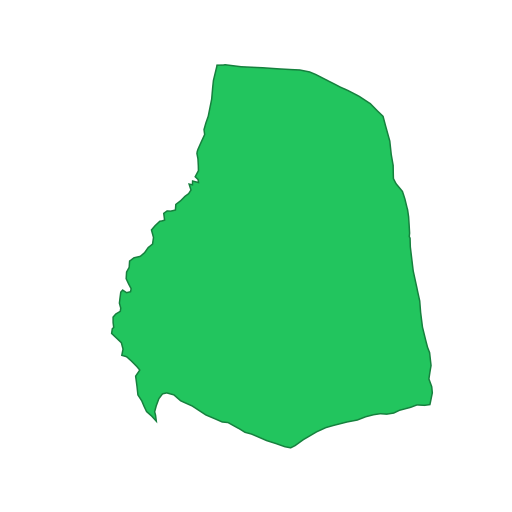 Trenbo, Grand Kru, Liberia (Natural Earth projection), rotated 347°
{"feature_id": "62588387B53229219679368", "entity_name": "Trenbo", "entity_type": "district", "adm_level": 2, "iso_a3": "LBR", "parent_name": "Liberia", "parent_adm1": "Grand Kru", "projection": "natural_earth1", "projection_center": [-7.882, 4.705], "detail": "fine", "context": "isolated", "style": "filled", "palette": "green", "viewbox_px": 512, "rotation_deg": 347, "n_neighbors": 0, "source": "geoboundaries", "source_scale": "gbopen_adm2", "svg_char_len": 2335}
<svg xmlns="http://www.w3.org/2000/svg" viewBox="0 0 512 512"><g transform="rotate(347 256 256)"><path d="M99.6,294.6L97.9,299.0L100.7,303.2L105.3,310.2L105.5,316.8L102.9,322.6L107.2,325.0L110.5,329.6L115.0,336.8L117.1,341.0L111.7,346.0L110.7,356.4L109.7,364.8L112.1,371.4L113.1,377.2L114.4,383.0L118.4,388.6L121.7,394.5L122.3,388.6L122.2,385.0L125.1,379.5L129.3,373.1L133.9,369.3L138.2,369.3L144.7,372.8L150.0,380.1L153.1,382.5L160.1,387.8L171.4,399.6L180.1,405.9L185.7,410.1L191.3,412.0L199.6,419.5L200.7,420.4L205.6,425.3L211.6,428.5L216.8,432.3L224.9,438.3L233.2,443.2L241.2,448.3L246.6,450.7L248.3,450.3L251.5,449.5L261.0,445.5L264.6,444.4L275.7,440.9L285.5,438.9L293.6,438.5L307.4,438.2L317.8,438.6L326.8,437.3L334.9,437.1L341.6,437.6L347.8,439.5L354.9,440.0L361.1,438.6L372.8,438.2L379.3,437.3L386.6,439.4L392.0,439.9L393.0,437.8L397.0,429.0L397.7,423.9L397.8,422.7L396.8,414.7L399.2,408.6L401.9,402.1L403.4,389.2L402.6,383.6L402.4,377.0L402.2,362.8L403.7,348.0L404.0,346.0L405.4,336.6L405.5,326.6L405.6,323.1L405.6,322.3L405.8,306.3L405.9,305.0L408.4,281.9L410.1,273.3L409.7,271.5L410.8,268.3L412.2,260.1L413.5,252.2L414.1,245.0L414.0,242.6L413.9,234.1L413.5,229.1L413.4,228.2L413.2,226.0L408.9,217.4L408.5,216.3L407.3,211.5L408.5,205.6L410.0,198.6L410.6,187.5L412.2,174.1L411.5,158.1L411.2,148.5L406.7,141.6L401.6,133.2L400.2,131.8L392.6,123.8L382.9,115.5L376.1,110.4L371.1,106.1L367.0,102.7L360.6,97.3L359.8,96.6L354.9,92.5L349.6,88.7L340.5,84.6L333.0,82.5L320.6,78.9L304.9,74.1L298.8,72.4L284.2,68.3L268.9,62.7L267.1,62.6L260.9,61.3L260.5,62.4L254.0,75.4L251.6,82.4L248.1,93.2L240.9,109.1L237.1,115.1L233.8,121.1L233.3,126.1L227.9,133.1L223.4,139.1L222.2,141.1L221.5,142.9L221.3,148.3L220.1,155.1L219.1,159.9L214.6,165.1L216.8,168.5L216.5,171.5L214.6,170.5L211.1,168.7L210.1,172.3L207.0,170.9L207.5,177.1L204.4,180.1L200.2,181.9L195.2,185.1L189.5,187.7L187.8,193.1L182.9,193.1L179.5,192.1L175.7,193.7L175.0,200.5L172.0,200.7L170.1,200.5L164.6,203.7L160.0,207.1L160.3,214.9L157.9,221.1L152.9,223.5L148.2,227.7L143.2,230.3L136.7,230.3L131.7,232.5L129.9,238.5L126.3,242.5L124.4,248.9L125.6,254.5L127.0,259.8L125.7,262.6L121.6,262.6L118.4,259.2L116.1,260.8L114.1,266.2L112.3,271.2L112.5,276.4L111.3,279.4L106.3,281.0L103.0,283.4L101.8,288.8L101.3,293.6L99.6,294.6Z" fill="#22c55e" stroke="#15803d" stroke-width="1.5"/></g></svg>